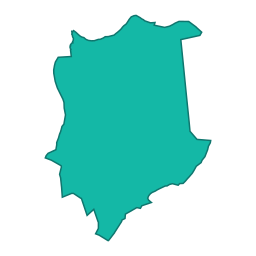 outline of Jos East, Plateau, Nigeria
{"feature_id": "59680162B89640587380951", "entity_name": "Jos East", "entity_type": "district", "adm_level": 2, "iso_a3": "NGA", "parent_name": "Nigeria", "parent_adm1": "Plateau", "projection": "robinson", "projection_center": [9.087, 9.867], "detail": "fine", "context": "isolated", "style": "filled", "palette": "teal", "viewbox_px": 256, "rotation_deg": 0, "n_neighbors": 0, "source": "geoboundaries", "source_scale": "gbopen_adm2", "svg_char_len": 2260}
<svg xmlns="http://www.w3.org/2000/svg" viewBox="0 0 256 256"><path d="M210.7,140.5L197.0,139.4L190.0,131.3L189.2,122.8L186.0,91.5L183.6,67.3L180.8,39.6L199.9,35.4L201.7,32.2L196.4,27.4L196.1,27.0L188.7,21.5L179.0,21.4L175.0,23.2L172.9,24.5L169.5,26.2L164.6,27.4L154.2,25.2L155.0,22.5L152.4,22.7L150.2,22.8L149.3,22.4L146.9,21.6L144.7,20.8L143.4,19.7L141.6,18.8L140.2,17.7L138.6,16.8L136.1,15.4L134.0,15.7L131.2,16.9L129.1,19.5L128.2,21.0L127.3,22.4L126.2,24.0L123.8,25.8L123.3,26.3L122.2,27.5L121.7,28.3L120.9,29.2L119.9,30.2L117.5,32.3L115.8,33.6L114.1,35.1L109.8,36.2L109.4,36.3L108.2,36.6L105.4,36.7L105.2,36.7L103.3,38.0L102.3,38.4L100.3,39.3L98.3,39.4L94.4,40.7L91.5,40.8L91.4,40.8L88.3,40.4L85.8,39.3L83.9,37.6L81.7,37.0L80.3,36.2L78.7,34.9L75.9,32.3L73.6,30.6L73.1,31.2L72.7,31.3L72.2,31.4L71.9,31.2L71.7,31.6L71.9,32.3L72.4,32.7L72.1,33.4L71.8,33.9L71.9,34.6L72.4,35.1L72.5,36.3L72.7,37.1L73.1,37.6L73.4,38.5L73.2,40.7L72.6,41.5L72.7,42.2L72.9,42.8L72.4,42.9L71.9,43.0L71.4,43.6L70.9,44.2L70.5,44.7L70.6,45.6L70.2,45.7L70.1,46.4L70.3,46.7L70.0,47.1L70.2,48.1L70.6,48.8L70.9,49.4L70.5,49.8L71.3,56.5L69.8,56.6L58.2,57.3L55.4,62.0L54.5,65.4L53.7,70.0L53.8,73.4L55.2,81.3L56.3,84.7L56.5,85.3L57.4,88.0L60.7,94.7L62.9,99.1L64.0,102.5L64.2,108.1L65.5,114.9L64.7,119.5L63.9,124.1L62.0,126.4L61.1,129.9L60.5,131.9L59.6,134.0L58.5,138.0L56.7,142.6L56.7,144.9L55.9,149.7L48.1,153.3L46.2,155.6L45.3,157.9L51.4,160.2L61.1,165.7L61.4,167.0L59.6,174.3L60.6,177.8L61.4,185.6L61.6,187.3L62.3,197.2L71.6,193.4L73.5,193.4L80.7,198.2L80.8,198.2L81.4,198.4L87.1,215.4L93.8,209.3L98.1,221.8L98.4,222.0L98.4,228.4L95.6,233.8L99.0,235.1L108.0,240.6L108.5,240.6L114.5,232.8L114.5,232.6L121.6,221.5L122.0,220.0L125.0,218.5L125.4,214.1L136.8,207.6L140.4,208.3L141.9,205.7L151.4,202.5L148.6,200.1L147.7,198.2L148.6,195.9L149.3,195.0L150.5,193.6L152.4,192.3L153.2,192.0L155.4,191.0L157.3,189.8L160.1,188.4L165.2,186.0L167.1,185.9L169.6,184.4L172.5,183.7L174.7,184.3L178.2,185.2L179.6,183.6L183.1,183.4L185.4,181.1L187.5,178.6L189.2,176.8L191.2,174.4L191.9,173.7L192.8,172.4L194.1,170.2L196.3,166.2L198.2,164.8L201.1,162.6L201.5,161.6L202.0,160.3L204.9,156.7L206.1,153.6L207.6,149.8L208.4,146.3L210.3,142.8L210.7,140.5Z" fill="#14b8a6" stroke="#0f766e" stroke-width="1.5"/></svg>